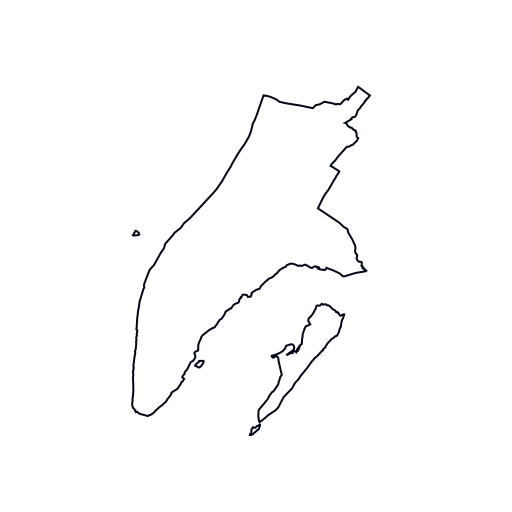 outline of Kaskazini A, Kaskazini-Unguja, United Republic of Tanzania, rotated 216°
{"feature_id": "72390352B77186952625716", "entity_name": "Kaskazini A", "entity_type": "district", "adm_level": 2, "iso_a3": "TZA", "parent_name": "United Republic of Tanzania", "parent_adm1": "Kaskazini-Unguja", "projection": "robinson", "projection_center": [39.277, -5.856], "detail": "fine", "context": "isolated", "style": "outline", "palette": "ink", "viewbox_px": 512, "rotation_deg": 216, "n_neighbors": 0, "source": "geoboundaries", "source_scale": "gbopen_adm2", "svg_char_len": 6121}
<svg xmlns="http://www.w3.org/2000/svg" viewBox="0 0 512 512"><g transform="rotate(216 256 256)"><path d="M344.3,390.4L338.4,370.8L336.8,364.7L336.5,361.6L332.9,352.6L331.8,347.9L330.9,338.9L331.0,334.4L330.7,328.4L329.6,317.0L329.0,313.7L328.6,307.2L327.4,296.2L327.2,287.5L327.5,282.8L331.7,247.8L333.5,240.2L333.4,234.7L335.6,226.7L335.5,223.6L336.6,212.7L336.2,211.3L335.0,208.4L334.9,202.4L333.2,188.9L333.9,182.2L332.3,175.9L330.1,168.0L329.5,166.5L327.9,164.9L327.7,163.3L323.5,151.0L320.4,145.1L319.3,142.6L315.3,135.5L310.7,128.3L310.1,127.1L309.6,126.3L308.5,126.2L307.6,125.0L306.6,122.6L305.6,121.9L305.3,120.4L304.5,119.0L303.0,117.2L302.1,115.3L301.4,114.8L298.5,109.8L297.7,107.5L296.6,106.5L295.0,103.0L290.3,94.5L289.3,93.9L288.5,92.4L288.2,91.2L287.9,91.1L287.2,89.6L286.1,88.7L283.3,84.3L282.4,83.3L276.1,75.0L272.9,69.8L271.9,67.8L270.7,66.3L269.9,64.6L268.6,62.7L266.2,60.8L264.5,60.7L261.4,59.1L260.9,60.1L258.2,59.9L256.7,60.2L249.6,62.9L249.0,63.7L249.0,64.2L247.2,66.6L247.3,67.5L246.6,69.0L246.4,71.6L245.2,77.3L244.2,80.4L243.3,85.2L243.3,86.8L243.5,87.2L243.3,92.5L243.3,93.6L243.9,95.5L243.7,96.9L241.5,102.3L241.7,108.6L242.2,109.9L241.7,111.4L241.9,114.4L244.2,114.4L244.6,115.0L244.8,116.8L244.4,118.4L244.7,119.1L245.2,119.4L245.3,121.2L245.0,123.9L246.5,131.6L245.3,134.2L245.3,136.7L245.5,138.4L247.2,140.3L248.6,140.9L249.0,142.1L248.9,142.7L247.3,145.6L250.5,150.3L251.5,153.7L252.0,156.8L252.5,157.7L252.7,160.1L250.3,168.8L249.0,171.4L248.9,172.2L248.0,173.1L247.5,174.3L247.7,175.8L247.4,177.8L247.9,180.2L247.7,182.0L247.9,182.7L246.9,185.2L247.2,190.9L247.8,192.6L247.5,194.4L246.6,195.9L246.5,197.6L245.3,198.9L245.4,203.0L245.1,204.2L243.9,206.5L243.3,207.0L242.8,208.3L243.1,209.3L243.6,209.9L243.9,212.3L243.5,213.4L244.1,213.8L243.7,215.8L244.0,216.4L243.9,217.0L242.6,218.0L240.3,219.0L238.5,218.1L236.4,220.1L237.0,222.5L237.7,223.0L237.7,224.0L235.9,228.9L234.0,231.3L233.9,232.6L234.3,234.2L233.3,240.9L232.9,242.6L232.4,243.8L232.5,244.6L230.2,248.8L229.1,254.3L228.7,255.1L228.9,255.5L228.7,258.3L226.9,262.9L226.0,264.0L225.6,264.8L225.8,266.2L225.6,266.9L223.3,270.5L220.2,271.9L216.0,272.9L215.1,273.6L214.9,274.1L212.8,275.2L211.5,277.6L210.5,278.1L204.8,278.7L203.5,279.3L202.8,281.5L202.2,282.4L201.0,282.9L200.5,282.9L200.2,282.6L199.8,283.3L198.1,283.8L197.9,283.6L197.9,282.3L195.0,283.4L194.1,284.1L193.4,284.2L193.2,284.7L192.2,284.9L191.7,286.6L192.1,287.8L185.3,289.7L178.0,291.1L173.6,290.7L172.4,291.6L165.5,300.8L158.3,308.1L158.1,308.8L158.7,308.8L159.2,309.2L160.6,308.8L161.3,309.5L162.5,308.7L162.9,308.9L163.1,309.5L163.6,310.3L164.8,310.0L166.1,312.3L167.2,313.2L169.1,312.0L170.7,311.9L171.8,312.3L173.3,313.4L174.5,316.0L175.2,316.5L176.4,316.6L177.7,317.2L179.1,318.7L179.8,320.3L181.4,322.3L187.6,325.9L194.4,328.8L195.8,329.6L197.3,331.2L198.9,331.5L201.7,331.1L208.7,331.9L233.9,330.9L235.8,341.2L236.4,346.8L236.3,352.4L237.6,364.0L237.6,365.7L238.0,368.0L238.1,372.7L238.4,373.4L241.0,373.4L242.9,373.1L245.2,373.2L248.6,372.7L248.8,375.0L248.1,380.0L248.0,385.2L246.7,397.7L244.9,399.4L244.3,401.2L243.1,402.9L242.1,408.6L242.6,411.5L244.5,411.6L246.7,414.3L247.7,415.0L248.2,415.0L248.8,415.3L249.0,415.9L252.1,415.5L254.0,416.0L255.4,415.2L257.4,415.3L258.0,415.1L260.4,416.2L261.4,416.3L262.2,416.0L259.2,422.6L259.8,422.8L259.5,425.0L258.5,425.7L257.9,426.6L257.7,427.9L257.9,429.8L258.2,430.3L259.2,433.6L258.8,436.7L259.0,438.5L258.5,443.6L259.0,445.2L258.4,446.4L258.9,447.9L258.4,448.7L258.2,452.8L272.8,452.9L272.7,451.5L272.0,447.5L273.5,441.2L273.4,436.5L274.8,436.8L274.8,436.2L276.2,434.7L277.0,428.3L279.7,426.8L280.3,425.6L282.9,424.9L291.2,421.1L293.7,416.1L296.4,413.0L296.9,409.0L308.9,403.6L320.7,397.6L327.6,394.5L331.1,394.7L338.1,393.2L341.8,391.7L343.0,390.8L343.1,391.0L344.3,390.4ZM180.7,187.1L179.2,187.0L177.5,186.1L176.0,184.3L165.3,175.0L165.2,172.1L164.1,169.4L163.8,168.0L162.5,164.9L162.3,157.0L163.0,155.2L163.1,151.3L162.4,147.1L163.3,133.0L160.3,128.1L156.3,124.0L155.4,123.8L154.2,127.4L152.5,134.6L149.5,142.6L149.0,146.7L150.7,158.2L149.0,170.2L149.8,175.9L149.2,181.3L149.4,185.7L148.8,195.3L148.9,203.4L148.5,206.4L148.7,207.1L147.7,210.8L146.7,218.7L146.3,219.2L146.8,219.8L146.8,221.0L146.3,222.3L146.8,226.9L146.0,233.4L145.1,235.2L144.7,237.7L143.7,238.9L143.7,239.9L144.2,242.9L145.7,247.1L145.8,248.7L147.0,250.8L148.5,254.0L149.3,257.6L150.3,260.6L150.5,260.6L150.8,260.1L151.3,259.7L152.4,257.4L152.7,257.2L154.0,257.5L155.7,258.4L156.5,257.9L157.0,258.5L157.7,258.5L158.5,257.8L159.9,258.4L162.9,258.1L166.1,258.7L168.0,258.7L168.7,258.5L169.6,257.8L171.1,258.0L171.8,257.6L173.0,256.1L174.7,256.0L174.9,255.1L175.0,253.6L175.9,252.8L177.4,252.0L177.7,250.6L176.8,248.6L176.0,242.4L176.2,238.7L176.6,237.5L176.5,235.8L175.4,234.1L171.9,232.5L174.4,228.1L173.8,225.1L172.2,220.0L171.2,218.7L169.9,215.8L169.5,215.4L167.3,211.8L168.1,208.9L167.9,208.4L167.4,208.5L167.2,208.1L167.8,207.1L167.9,206.4L167.8,205.9L166.7,206.1L166.6,205.9L167.5,205.5L167.5,205.1L167.3,204.8L167.8,204.8L167.8,204.3L167.5,203.9L166.6,203.9L166.5,204.2L166.3,204.0L166.8,203.3L166.8,201.9L167.6,202.5L167.9,202.4L169.5,200.6L169.8,199.7L169.5,199.1L170.4,199.2L170.4,198.5L170.8,197.6L171.6,196.7L172.5,194.4L173.0,194.5L170.9,200.4L170.4,202.6L171.3,204.5L172.4,205.4L173.8,205.9L175.2,205.7L176.9,203.8L178.8,201.2L178.1,198.0L178.5,194.6L179.8,191.6L181.7,188.2L184.6,184.6L184.0,183.9L182.3,183.8L180.7,187.1ZM155.9,108.1L155.7,107.6L154.8,108.2L154.2,109.5L153.7,110.1L153.6,111.4L153.0,113.5L152.6,115.8L152.2,116.5L152.2,117.6L152.0,117.9L153.1,121.0L153.3,121.0L153.7,121.9L154.0,121.9L154.2,120.1L155.3,119.1L155.6,116.6L156.5,116.0L157.7,115.8L157.7,113.3L157.3,112.2L156.2,110.9L155.0,108.7L155.4,108.0L155.9,108.1ZM240.9,133.2L240.9,131.6L240.4,131.3L238.6,132.1L237.7,132.0L236.6,132.2L236.1,132.9L235.6,136.2L236.0,139.3L236.8,140.2L238.6,139.2L238.8,138.7L240.2,137.8L240.4,137.1L240.0,136.3L240.7,134.7L240.9,133.2ZM366.2,206.0L368.0,205.8L368.3,205.5L367.7,200.4L367.0,200.7L365.4,202.0L363.3,204.0L363.1,204.8L364.0,205.6L366.2,206.0Z" fill="none" stroke="#020617" stroke-width="2"/></g></svg>